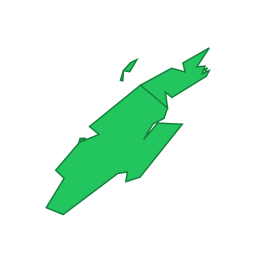 SVG path tracing the border of Chukchi Autonomous Okrug, rotated 312°
{"feature_id": "RUS-2321", "entity_name": "Chukchi Autonomous Okrug", "entity_type": "Autonomous Province", "adm_level": 1, "iso_a3": "RUS", "parent_name": "Russia", "parent_adm1": "", "projection": "natural_earth1", "projection_center": [175.436, 66.707], "detail": "coarse", "context": "isolated", "style": "filled", "palette": "green", "viewbox_px": 256, "rotation_deg": 312, "n_neighbors": 0, "source": "natural_earth", "source_scale": "10m", "svg_char_len": 750}
<svg xmlns="http://www.w3.org/2000/svg" viewBox="0 0 256 256"><g transform="rotate(312 128 128)"><path d="M48.3,102.5L84.9,101.6L103.8,110.7L103.3,98.4L168.2,108.6L169.3,144.0L159.2,148.3L147.6,143.8L129.8,147.4L151.5,146.7L167.1,165.8L99.5,169.8L86.6,162.3L95.0,157.0L87.4,150.8L20.3,137.7L14.1,120.5L47.9,114.2L48.3,102.5ZM168.2,108.6L201.5,120.4L207.9,132.9L213.1,125.3L241.9,134.8L219.6,138.2L225.5,143.9L218.0,146.7L225.0,150.0L218.8,151.5L180.1,140.2L179.6,131.9L169.3,144.0L168.2,108.6ZM167.5,86.2L178.2,86.2L184.7,88.8L171.0,91.6L167.5,86.2ZM167.5,86.2L159.6,92.6L158.4,90.5L167.5,86.2ZM88.2,99.4L92.1,103.4L84.6,101.1L88.2,99.4ZM223.0,146.1L226.0,146.8L221.9,147.5L223.0,146.1Z" fill="#22c55e" stroke="#15803d" stroke-width="1.5"/></g></svg>